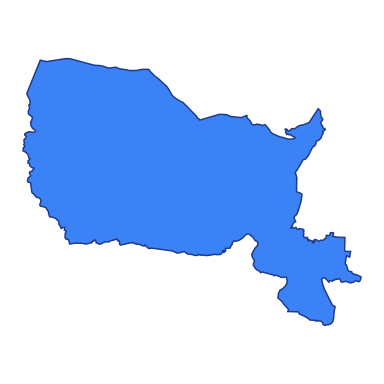 the district of Buon Don, Đắk Lắk, Vietnam
{"feature_id": "81297802B42534502413482", "entity_name": "Buon Don", "entity_type": "district", "adm_level": 2, "iso_a3": "VNM", "parent_name": "Vietnam", "parent_adm1": "Đắk Lắk", "projection": "orthographic", "projection_center": [107.764, 12.878], "detail": "fine", "context": "isolated", "style": "filled", "palette": "blue", "viewbox_px": 384, "rotation_deg": 0, "n_neighbors": 0, "source": "geoboundaries", "source_scale": "gbopen_adm2", "svg_char_len": 5978}
<svg xmlns="http://www.w3.org/2000/svg" viewBox="0 0 384 384"><path d="M318.2,108.7L309.2,122.5L303.3,124.8L299.9,125.4L297.7,126.5L294.8,128.7L291.7,128.6L290.4,130.3L288.8,130.9L287.9,130.7L287.2,129.6L286.4,129.1L285.4,129.0L285.1,129.3L286.2,131.6L285.6,132.8L286.3,133.3L286.9,134.5L288.0,134.0L289.0,134.8L290.5,134.8L293.1,136.5L294.0,136.6L294.9,137.5L295.0,138.0L293.3,138.9L289.2,139.2L286.9,138.8L283.4,137.6L280.1,136.9L274.8,134.7L271.2,132.7L268.6,128.7L265.4,124.9L264.3,124.8L262.2,125.7L260.8,124.8L258.1,124.3L256.4,124.2L255.3,124.7L253.8,124.8L251.9,124.3L250.1,120.8L246.9,117.7L247.0,115.6L246.2,115.6L241.6,117.6L231.0,116.6L227.0,114.8L224.0,114.4L219.1,114.4L199.8,120.1L199.1,119.0L197.6,118.2L196.4,116.1L182.9,102.4L180.5,101.4L176.9,99.2L173.9,97.0L172.1,95.3L168.7,89.3L166.8,86.5L158.7,79.0L154.5,75.8L150.1,71.3L148.8,69.4L143.1,69.3L139.9,69.7L137.3,70.4L131.9,70.6L128.5,70.4L126.0,69.7L120.8,69.0L118.3,68.4L116.0,67.2L110.1,68.0L107.9,67.9L103.1,66.2L100.1,65.6L94.0,65.2L70.4,58.8L65.5,58.6L47.4,61.5L44.8,61.3L40.3,60.2L26.9,93.2L27.0,94.4L30.1,100.5L29.9,104.6L29.1,104.8L28.9,105.8L29.6,107.7L28.2,111.8L28.5,113.4L28.8,114.3L32.1,116.9L32.4,118.4L30.6,122.4L31.2,126.4L32.2,127.4L32.4,128.2L34.8,129.7L35.4,130.7L34.8,131.7L33.5,132.3L32.7,132.4L30.2,131.7L28.7,131.8L25.7,133.1L24.8,134.0L24.8,135.1L26.1,136.3L26.3,137.1L25.7,138.0L24.3,139.3L23.9,140.6L24.0,141.6L24.6,143.0L23.7,144.6L24.8,145.9L24.8,146.3L24.4,147.2L23.7,147.4L23.1,148.2L23.5,149.1L23.0,150.8L25.0,151.8L27.9,154.2L28.9,158.0L30.0,158.9L30.0,159.4L28.2,160.6L27.9,163.0L29.4,163.5L29.7,165.6L30.1,166.1L32.1,167.7L33.7,167.9L34.0,168.3L32.1,171.1L29.7,171.9L29.4,172.3L29.6,173.6L30.4,174.9L30.6,175.9L28.1,178.1L27.7,179.2L27.5,181.1L28.4,182.3L30.0,182.5L30.7,183.3L31.7,191.5L32.1,192.8L33.4,193.8L36.6,197.4L39.5,197.9L40.4,199.3L40.8,200.2L40.8,201.8L39.8,204.7L40.3,206.0L44.5,207.0L46.3,208.0L47.0,209.7L48.5,211.7L48.6,213.6L49.6,216.7L52.6,217.2L54.2,217.8L56.2,218.8L56.8,219.3L57.0,220.0L58.7,220.9L58.9,224.2L60.6,226.7L60.8,228.0L61.6,228.3L63.2,227.4L64.5,227.3L64.5,230.1L66.3,231.1L66.4,231.4L65.3,233.1L65.0,237.2L65.3,238.3L66.6,239.4L67.6,239.2L68.2,239.3L69.1,241.4L69.6,244.0L75.9,243.1L83.4,243.4L84.7,244.0L87.6,243.7L92.0,242.6L91.9,241.6L93.9,241.0L94.1,240.0L94.7,240.4L95.5,240.2L96.4,243.0L97.6,243.2L99.2,244.2L101.6,243.7L103.2,242.5L105.7,241.8L109.0,241.9L110.7,240.6L112.4,240.4L116.7,239.1L117.2,239.2L117.2,239.8L117.9,240.2L118.0,241.0L119.4,241.0L119.6,242.1L119.4,243.0L119.9,244.7L120.4,245.1L129.7,243.0L133.5,242.6L133.5,243.1L136.3,244.2L139.0,244.2L143.1,246.0L143.7,245.7L144.1,245.8L144.8,245.0L145.2,245.7L146.7,246.5L147.6,247.8L149.4,248.6L150.9,248.1L152.4,248.2L172.1,250.9L177.4,253.2L184.4,251.6L187.3,253.9L188.5,254.2L190.1,254.2L190.7,254.5L191.8,254.4L194.7,255.4L197.3,255.4L197.7,255.2L198.2,254.4L200.6,255.3L201.7,255.0L206.8,255.6L207.8,255.3L210.1,255.3L211.4,254.6L212.5,254.9L214.9,254.1L216.3,254.7L217.5,254.5L218.6,254.7L219.4,254.3L220.5,254.5L222.3,252.5L224.1,252.2L223.9,251.7L222.9,251.5L223.0,250.4L223.6,250.3L224.9,251.4L225.5,251.2L225.7,249.5L225.4,248.3L229.9,248.2L231.3,245.4L232.2,244.5L232.2,242.9L233.0,242.3L233.8,240.8L234.3,241.1L236.0,241.2L238.8,240.4L241.8,238.6L246.3,234.4L248.0,233.9L249.2,234.2L251.7,236.4L253.0,237.2L254.9,240.4L257.3,241.6L257.9,242.9L257.4,245.6L254.9,248.3L251.7,254.4L252.3,256.9L254.2,260.2L254.3,261.4L253.3,264.3L253.4,265.3L255.9,269.1L259.3,271.2L260.6,272.7L262.5,272.0L273.2,275.0L274.5,275.7L276.3,275.2L281.0,277.2L283.1,277.5L284.9,276.9L285.9,277.1L286.6,277.9L287.3,281.4L286.5,284.0L285.0,286.5L282.3,288.9L279.9,290.2L278.6,293.1L277.9,297.6L278.2,298.5L279.2,298.9L280.6,300.4L281.6,301.0L283.9,304.3L288.1,308.9L288.5,310.1L287.8,311.5L298.3,311.9L299.5,314.1L305.2,316.6L309.0,319.1L309.7,320.0L313.3,320.2L314.8,320.5L315.8,321.0L316.0,320.4L316.4,320.3L317.2,320.6L317.7,321.2L318.8,320.8L319.6,320.9L321.4,321.5L322.4,322.3L322.9,324.1L324.1,325.2L325.3,325.4L326.2,324.8L328.5,324.8L329.1,324.2L330.0,324.2L331.1,323.6L333.0,321.4L333.8,316.8L333.8,314.4L334.2,311.3L335.1,306.5L333.4,305.8L332.1,304.6L327.1,294.7L324.3,288.9L322.7,284.4L321.6,279.1L323.3,278.0L324.8,277.8L329.0,282.2L329.5,281.1L330.0,280.8L331.1,280.6L332.5,281.2L333.4,280.2L334.5,280.1L335.5,279.3L337.5,279.3L338.6,278.7L340.0,279.1L341.2,282.1L343.9,281.9L345.4,281.2L350.5,282.9L353.4,282.2L355.2,280.9L356.2,280.9L358.3,281.6L359.2,281.6L359.8,281.1L360.6,279.5L361.0,276.8L356.1,274.6L354.3,274.3L352.2,273.3L351.6,271.6L350.6,271.7L348.9,271.2L347.9,270.0L346.5,265.1L345.2,264.0L346.4,255.8L349.6,257.1L350.6,251.4L346.4,251.5L345.7,251.4L344.6,250.6L344.9,237.4L338.1,237.3L332.6,236.3L333.5,234.0L333.4,232.8L330.8,232.6L330.3,232.9L329.8,234.7L329.2,235.5L328.4,235.8L326.8,235.2L326.1,235.7L326.1,238.0L325.5,238.5L324.5,238.7L323.1,240.4L320.7,240.2L318.8,241.4L316.4,239.8L314.6,239.6L313.9,240.4L314.5,241.7L314.4,242.3L313.5,242.6L312.6,242.5L313.0,241.0L311.9,241.1L310.6,240.4L308.2,240.8L308.1,240.4L308.8,239.6L308.4,239.2L307.4,239.1L307.4,237.9L307.2,237.4L304.7,237.6L304.0,237.1L303.3,235.7L303.9,233.6L303.4,231.8L303.8,231.3L303.9,230.7L303.8,230.1L303.2,229.3L299.7,228.7L299.1,228.7L298.5,229.3L297.3,229.2L296.7,228.8L296.0,227.4L295.3,227.5L294.2,228.3L293.6,228.3L292.4,226.9L291.7,227.6L290.9,227.9L293.7,222.7L295.6,221.6L294.0,217.8L294.3,216.7L296.5,214.6L298.1,211.2L301.1,201.0L302.0,194.5L301.7,194.0L300.3,193.1L297.1,192.0L296.5,191.2L296.8,177.6L295.3,172.4L297.3,169.7L302.8,160.2L303.3,159.7L305.5,159.1L308.5,155.4L312.4,147.6L312.8,147.0L314.6,146.0L315.8,144.0L316.2,141.7L316.8,141.1L319.1,140.0L321.1,137.8L322.1,134.8L323.3,132.8L322.6,131.5L323.3,130.8L324.5,130.6L325.2,129.3L325.0,128.7L324.0,128.5L322.8,127.6L322.7,126.2L322.0,125.6L321.6,124.5L320.9,123.6L320.7,122.8L322.8,119.5L322.5,118.6L321.3,117.2L320.8,116.0L320.4,111.0L318.2,108.7Z" fill="#3b82f6" stroke="#1e3a8a" stroke-width="1.5"/></svg>